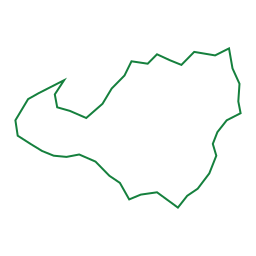 Agios Ioannis Malountas, Nicosia, Cyprus
{"feature_id": "46923920B28301688096531", "entity_name": "Agios Ioannis Malountas", "entity_type": "district", "adm_level": 2, "iso_a3": "CYP", "parent_name": "Cyprus", "parent_adm1": "Nicosia", "projection": "natural_earth1", "projection_center": [33.174, 35.073], "detail": "fine", "context": "isolated", "style": "outline", "palette": "green", "viewbox_px": 256, "rotation_deg": 0, "n_neighbors": 0, "source": "geoboundaries", "source_scale": "gbopen_adm2", "svg_char_len": 623}
<svg xmlns="http://www.w3.org/2000/svg" viewBox="0 0 256 256"><path d="M157.0,54.3L147.7,63.7L131.5,61.3L124.5,75.5L111.7,88.5L102.5,103.8L86.2,118.0L69.9,110.9L57.2,107.3L54.8,94.4L64.1,80.2L38.6,93.2L28.1,99.1L15.4,120.3L17.7,135.7L30.5,143.9L42.1,151.0L53.7,155.7L66.5,156.9L79.2,154.5L95.5,161.6L109.4,175.8L119.9,182.9L129.2,199.4L140.8,194.6L157.0,192.3L177.9,207.6L187.2,195.8L197.7,188.7L209.3,173.4L216.3,155.7L212.8,143.9L217.4,132.1L226.7,120.3L240.6,113.2L238.3,101.4L239.5,83.8L232.5,68.4L229.0,48.4L215.1,55.4L194.2,51.9L181.4,64.9L169.8,60.2L157.0,54.3Z" fill="none" stroke="#15803d" stroke-width="2"/></svg>